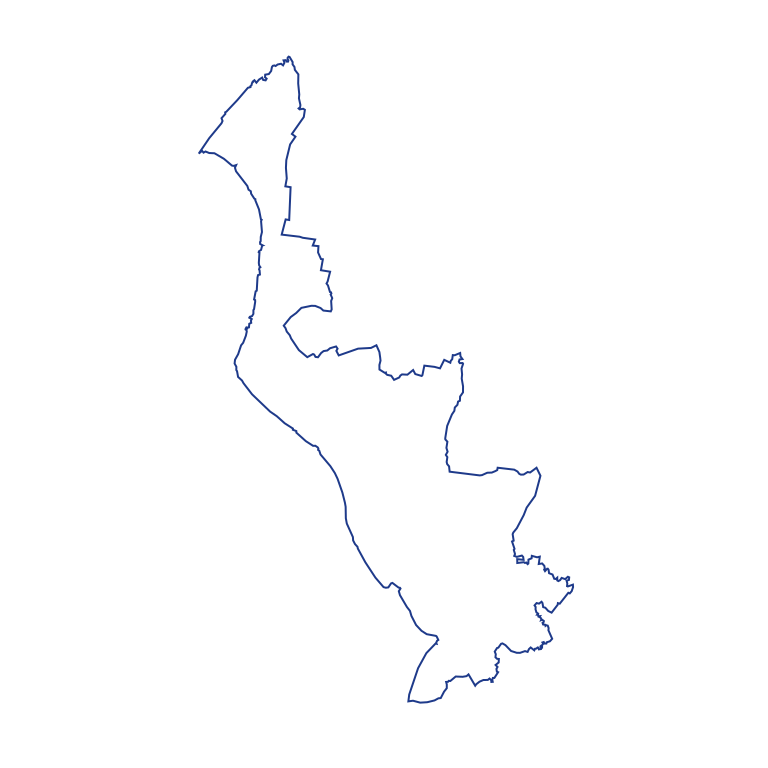 Ban Laem, Phetchaburi, Thailand, rotated 188°
{"feature_id": "78962969B10571681273524", "entity_name": "Ban Laem", "entity_type": "district", "adm_level": 2, "iso_a3": "THA", "parent_name": "Thailand", "parent_adm1": "Phetchaburi", "projection": "robinson", "projection_center": [99.981, 13.152], "detail": "fine", "context": "isolated", "style": "outline", "palette": "blue", "viewbox_px": 768, "rotation_deg": 188, "n_neighbors": 0, "source": "geoboundaries", "source_scale": "gbopen_adm2", "svg_char_len": 6149}
<svg xmlns="http://www.w3.org/2000/svg" viewBox="0 0 768 768"><g transform="rotate(188 384 384)"><path d="M186.2,180.9L181.3,189.5L181.3,191.2L179.4,190.9L172.4,202.9L170.9,202.5L169.3,205.0L168.5,209.2L169.0,211.6L173.8,209.1L174.6,209.3L174.7,211.9L175.8,214.6L173.6,215.7L173.7,218.3L175.1,218.7L177.4,216.0L181.1,216.7L182.3,214.3L183.9,213.1L185.1,213.6L185.5,216.3L186.8,214.8L188.3,214.8L190.6,218.8L194.2,219.6L195.2,223.0L196.1,223.9L196.7,223.8L198.5,221.1L199.6,222.5L199.1,223.6L199.9,226.2L202.4,228.3L205.7,227.3L205.7,234.7L208.3,233.7L213.7,234.4L213.6,231.9L216.5,230.2L216.1,226.3L216.7,225.6L218.3,227.0L219.5,226.4L220.7,227.0L227.1,225.3L227.7,229.1L221.3,229.3L222.1,232.1L223.6,233.3L228.4,231.3L231.1,231.9L230.6,233.9L232.4,237.8L231.8,238.9L235.3,245.9L233.8,246.9L235.7,253.2L235.3,254.9L232.4,259.7L227.4,273.6L225.5,281.5L218.8,294.3L216.3,314.9L221.3,322.3L227.0,316.7L229.5,316.8L233.1,313.8L235.8,313.3L237.5,313.8L239.6,315.9L243.1,317.3L259.8,316.9L259.9,314.5L261.7,313.2L264.9,311.3L269.4,310.5L274.3,307.4L276.5,306.8L306.8,306.3L308.1,311.5L310.3,313.5L311.1,315.5L311.1,320.4L312.9,322.4L311.6,325.8L313.3,329.4L313.2,335.7L315.5,337.6L315.8,338.7L315.6,351.3L312.5,363.3L310.6,367.2L310.6,370.6L308.4,373.6L308.2,376.9L306.5,378.0L306.9,382.2L304.6,386.7L305.4,392.7L307.8,400.2L308.0,404.4L309.4,410.1L308.5,415.0L309.1,415.7L311.9,415.2L313.0,416.5L312.6,418.8L309.8,419.6L312.1,422.0L312.9,425.3L318.0,422.3L319.9,422.2L319.9,418.0L321.1,416.3L321.3,414.3L327.7,416.3L330.7,407.3L336.4,408.0L346.6,407.8L347.2,398.1L347.8,397.2L354.4,398.2L357.1,401.9L362.1,396.5L367.5,396.0L369.0,394.6L369.8,392.6L374.6,389.5L378.0,393.2L382.1,393.5L383.7,394.6L383.7,395.6L384.9,395.2L390.5,397.7L391.2,402.2L390.7,406.6L391.4,409.4L393.0,415.0L396.9,421.3L401.9,417.9L414.6,415.4L432.8,406.0L435.8,410.2L434.9,412.5L436.7,414.5L442.4,411.9L444.8,409.3L448.4,408.2L450.6,405.9L453.1,401.3L455.6,401.3L457.2,403.4L458.5,403.8L463.7,399.9L473.0,405.7L482.3,416.1L484.1,419.2L487.6,422.4L489.3,425.6L491.4,427.8L485.7,437.3L480.8,442.1L476.4,447.9L466.9,451.3L463.1,451.8L457.4,450.4L454.3,448.3L446.8,448.5L446.2,450.6L447.9,458.9L447.2,461.8L449.3,465.2L448.7,466.2L449.2,467.4L450.3,467.6L453.2,473.8L454.9,475.5L454.1,477.7L453.0,487.7L462.3,487.9L461.9,499.0L463.8,499.0L467.6,505.1L468.1,511.4L473.8,511.2L472.3,517.5L484.8,517.5L488.0,518.1L506.1,517.7L504.3,533.3L500.7,533.2L503.9,565.9L509.2,566.0L508.9,574.0L511.2,584.4L511.9,592.1L510.3,608.2L506.1,616.6L510.0,618.8L500.6,637.2L500.5,644.5L502.3,645.3L505.8,644.2L506.9,645.0L505.6,646.3L505.6,648.6L508.0,655.1L508.2,658.9L510.8,669.7L511.9,678.7L516.0,682.7L516.8,685.5L519.0,687.8L519.3,690.1L523.0,694.7L524.0,694.9L524.8,693.7L524.7,692.3L523.7,691.2L523.9,689.9L525.2,689.7L526.5,691.0L528.5,690.5L527.3,688.3L528.3,685.5L530.5,686.8L533.8,685.6L535.6,683.8L536.9,684.2L538.4,683.6L539.1,682.3L539.3,678.3L541.2,674.9L544.7,673.8L544.5,671.2L542.7,670.0L543.5,668.2L546.0,668.3L547.3,670.5L550.1,668.1L552.3,664.6L554.6,666.8L556.0,665.4L556.6,665.7L555.8,664.8L556.6,663.7L556.8,661.4L557.8,660.2L557.6,659.4L560.0,658.4L568.7,644.8L578.0,631.7L579.1,630.9L578.7,629.4L581.9,624.6L580.5,622.0L581.2,619.6L591.3,603.1L599.5,586.4L596.6,589.6L594.9,588.0L593.1,589.4L589.2,588.4L584.0,588.9L573.8,584.7L564.9,579.1L563.1,579.1L560.9,580.2L561.7,577.4L560.1,574.0L546.9,561.1L545.2,557.6L542.7,556.3L542.1,554.0L538.2,549.5L537.1,549.1L537.0,548.0L532.1,539.5L528.8,529.9L528.0,529.6L528.4,528.2L526.0,517.5L526.5,512.5L526.0,508.3L526.5,507.3L526.1,505.4L523.4,504.4L523.9,504.2L524.4,499.7L526.3,498.0L526.4,497.0L525.6,496.7L524.8,486.4L524.1,484.0L522.7,482.5L523.4,481.9L523.7,480.1L523.0,479.1L522.1,475.1L523.9,474.3L524.1,471.9L523.0,458.7L524.0,457.9L524.4,449.6L523.3,449.2L523.0,447.6L523.1,440.1L523.6,439.0L523.1,435.3L524.1,432.9L526.2,431.9L526.6,430.9L524.0,429.9L524.6,428.2L524.0,426.1L525.8,424.9L525.6,421.3L527.2,420.9L527.1,419.9L527.8,419.3L528.4,420.3L528.7,419.6L528.7,418.7L527.6,418.1L527.2,416.8L527.5,412.6L529.2,405.2L530.9,402.4L532.6,393.2L534.9,387.3L534.8,383.5L532.6,380.5L532.2,377.3L531.3,376.2L529.5,370.7L525.1,367.7L523.2,365.2L513.2,355.4L492.9,340.8L485.7,337.2L476.9,331.3L468.0,327.2L467.9,326.0L464.3,325.2L464.0,323.6L453.4,316.5L445.6,312.9L443.4,313.3L440.8,312.0L440.0,311.0L440.1,309.6L438.8,308.9L437.1,305.4L425.7,295.2L420.3,289.0L416.8,283.7L410.1,270.7L406.2,261.1L404.9,257.1L403.1,245.7L401.4,240.6L393.5,228.1L392.8,224.8L390.4,221.4L387.6,219.1L387.0,217.4L377.7,204.9L365.6,191.1L356.2,182.8L353.8,182.5L351.4,183.2L349.3,187.5L348.0,188.2L341.2,184.4L339.8,184.4L339.2,183.7L340.5,180.9L338.8,177.1L330.3,166.4L326.7,162.9L324.6,158.2L318.7,149.8L312.5,144.8L306.9,142.2L297.5,141.8L296.7,141.3L294.6,138.1L295.7,137.1L296.3,135.0L295.8,134.1L296.8,134.2L304.6,123.4L310.7,107.3L315.8,80.0L315.7,73.1L311.2,74.4L303.8,73.5L296.9,74.9L289.9,77.7L286.4,80.3L284.1,80.9L281.7,87.7L279.5,91.5L280.0,95.2L281.0,97.6L279.2,98.0L278.5,99.1L277.0,99.1L272.3,104.3L265.4,105.0L261.6,106.2L259.9,108.2L251.7,97.9L250.8,99.6L248.0,102.5L244.4,104.7L240.0,105.4L238.5,107.0L236.6,105.6L236.2,103.9L234.9,104.2L235.6,106.2L235.3,108.1L233.8,108.3L230.9,114.5L232.2,114.9L233.0,117.5L232.2,119.6L234.4,121.3L231.7,124.2L232.0,127.7L233.8,127.6L235.6,128.9L235.7,132.0L237.1,134.4L235.3,138.3L234.1,138.8L231.9,143.0L230.6,143.6L227.4,142.3L221.0,137.3L215.2,136.3L211.9,136.7L207.2,139.1L204.5,138.7L203.6,141.6L202.1,143.5L198.1,141.2L197.7,142.8L196.3,143.2L195.2,144.5L194.3,144.4L193.7,142.8L191.6,143.4L191.4,144.1L192.5,146.0L192.1,146.5L190.9,145.8L191.1,147.5L190.1,148.9L191.1,150.1L189.9,150.7L188.9,149.3L187.1,149.6L186.9,150.9L183.9,152.3L182.0,155.1L186.9,163.0L187.0,165.2L188.2,167.5L189.9,167.7L190.4,167.1L190.7,168.0L193.0,168.0L193.7,169.5L192.9,170.0L192.7,171.5L194.6,172.6L195.6,172.0L195.4,172.9L196.4,174.4L197.8,174.9L197.3,175.8L198.8,175.4L199.3,177.0L200.2,176.9L199.5,178.1L201.3,179.1L202.6,182.0L202.8,184.3L204.1,185.7L202.4,188.3L199.9,188.1L197.7,190.3L196.6,189.2L195.3,185.2L193.1,184.9L189.8,182.1L186.2,180.9Z" fill="none" stroke="#1e3a8a" stroke-width="2"/></g></svg>